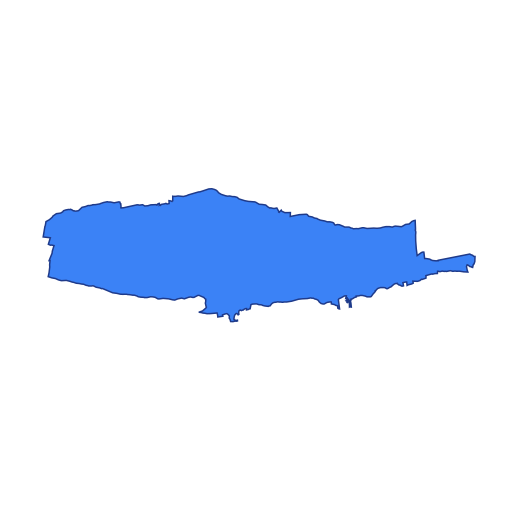 Rachitoasa, Bacau, Romania (Equal Earth projection), rotated 107°
{"feature_id": "2599482B49399369103470", "entity_name": "Rachitoasa", "entity_type": "district", "adm_level": 2, "iso_a3": "ROU", "parent_name": "Romania", "parent_adm1": "Bacau", "projection": "equal_earth", "projection_center": [27.372, 46.464], "detail": "fine", "context": "isolated", "style": "filled", "palette": "blue", "viewbox_px": 512, "rotation_deg": 107, "n_neighbors": 0, "source": "geoboundaries", "source_scale": "gbopen_adm2", "svg_char_len": 6111}
<svg xmlns="http://www.w3.org/2000/svg" viewBox="0 0 512 512"><g transform="rotate(107 256 256)"><path d="M326.5,294.3L326.1,291.8L326.1,290.1L325.7,288.2L325.5,286.0L324.4,282.7L321.9,276.6L323.6,275.5L325.5,274.7L323.3,270.1L322.1,270.8L320.4,268.5L319.6,267.0L320.0,265.8L321.0,264.0L323.3,263.4L324.3,262.2L326.1,261.1L325.5,258.8L324.4,257.0L324.0,255.4L323.5,254.7L322.8,255.0L324.0,257.2L323.0,257.8L323.2,258.5L322.7,258.8L319.5,259.1L318.4,259.0L317.7,258.5L317.0,258.4L316.7,258.0L316.6,257.4L316.9,256.6L317.5,255.9L316.8,255.3L314.9,256.1L314.0,256.2L313.2,256.1L312.3,255.3L312.5,254.0L311.6,253.0L311.5,252.5L310.3,251.7L309.4,250.7L309.0,249.6L310.3,249.3L309.2,247.4L308.1,246.6L308.1,246.2L304.0,246.6L303.1,245.5L301.9,242.3L301.6,241.2L301.7,239.0L301.1,236.6L301.3,235.0L301.2,233.0L300.6,229.5L300.2,229.2L299.5,227.9L297.4,227.2L296.0,226.3L295.0,225.0L294.5,223.7L293.4,221.7L293.3,220.6L292.8,218.9L292.5,217.1L291.8,215.7L291.0,213.2L288.8,208.7L284.9,202.7L283.4,199.2L281.7,194.5L280.1,191.5L280.0,190.1L279.6,188.9L279.9,187.4L279.8,185.4L280.2,183.6L281.5,182.0L282.4,179.9L282.3,177.8L281.9,176.7L279.8,174.7L279.2,173.7L278.2,171.6L278.0,170.6L279.8,169.9L279.5,166.8L279.9,165.2L279.7,163.5L282.0,162.5L282.3,161.4L282.2,160.6L273.6,164.5L272.7,164.2L270.8,162.1L268.3,159.7L267.7,158.2L267.7,157.9L268.0,157.9L270.5,157.8L270.3,157.1L269.5,157.1L269.3,156.9L269.4,156.5L269.9,156.3L271.9,156.3L272.5,156.8L272.7,156.1L272.2,156.0L273.1,155.7L272.1,155.7L271.9,155.5L273.8,155.4L273.8,155.0L271.2,155.2L270.7,154.9L271.3,154.7L271.4,154.2L273.1,153.6L274.2,152.8L277.4,151.7L276.8,151.2L271.9,153.6L271.7,153.0L274.7,151.4L276.3,150.9L276.4,150.5L277.1,150.2L277.0,149.9L273.4,151.4L270.6,152.9L270.2,152.2L269.4,152.5L269.0,151.5L266.8,149.6L265.8,148.1L265.1,148.5L264.0,145.9L263.1,144.5L262.6,142.6L262.4,139.7L262.6,137.9L261.6,134.7L261.1,134.0L257.7,132.8L256.4,132.1L255.1,131.6L254.4,131.8L254.3,131.4L253.1,131.0L251.5,130.1L250.5,128.8L249.8,127.7L248.9,124.8L248.6,123.3L249.0,121.8L249.0,121.1L248.5,120.4L246.8,118.9L246.1,117.9L242.8,115.9L242.0,115.1L241.6,114.7L241.4,113.9L240.9,113.1L241.1,113.0L241.9,110.9L241.8,109.7L242.2,107.8L241.8,106.7L241.4,106.2L238.5,107.7L237.3,105.6L236.8,104.3L240.0,102.9L239.0,101.9L237.2,98.9L236.0,97.7L234.2,98.6L233.0,94.1L231.6,92.1L229.9,91.0L229.9,90.4L227.5,87.0L225.6,87.5L225.1,87.8L222.1,83.2L221.6,81.9L221.7,81.7L220.6,79.9L219.7,77.4L217.5,77.9L217.3,77.2L217.2,75.5L216.0,73.5L215.7,71.5L215.2,70.2L215.1,69.3L213.2,65.8L213.1,63.3L212.2,61.3L212.0,60.0L211.0,56.8L210.4,52.7L209.4,48.7L207.8,49.9L204.6,51.6L203.4,51.6L202.7,51.5L202.7,51.1L202.8,50.3L203.6,48.2L203.4,47.5L203.6,46.3L203.4,46.3L203.5,45.5L201.0,45.7L200.2,45.5L200.0,45.2L197.4,45.1L192.4,46.4L192.7,47.7L192.0,49.0L191.9,51.1L191.6,52.1L206.8,80.5L207.2,80.3L208.0,82.4L208.7,86.0L208.5,87.9L208.2,88.8L208.6,92.1L209.1,94.0L203.2,96.6L203.4,97.5L204.3,98.8L208.5,102.0L202.3,104.8L194.9,107.7L189.3,109.5L187.0,110.0L185.7,110.5L184.6,111.3L184.0,111.2L182.5,111.7L175.4,114.2L175.9,115.2L177.4,117.0L180.6,118.9L182.1,122.2L185.3,125.2L185.7,126.5L186.0,128.3L186.7,131.6L187.5,132.9L188.5,134.1L188.9,137.1L190.0,140.5L191.4,143.1L192.9,145.4L194.1,148.3L194.9,151.6L197.2,157.8L197.5,161.3L197.9,162.6L200.0,166.2L200.4,168.0L201.5,170.8L201.3,172.3L201.5,173.3L201.2,174.7L201.2,175.7L202.4,179.7L202.1,181.1L201.7,185.3L202.1,187.3L203.2,189.2L203.1,189.9L201.7,191.4L201.5,192.7L201.7,195.2L202.5,197.9L202.4,200.5L202.9,204.9L202.6,208.0L202.3,208.6L202.6,211.2L202.2,213.6L202.6,217.3L201.5,218.9L201.3,219.7L201.6,220.8L203.8,226.7L208.2,234.8L204.4,235.8L206.1,241.1L205.7,244.0L205.5,244.7L204.8,245.3L207.5,246.6L207.4,246.9L207.2,246.8L204.0,250.1L205.2,252.4L205.5,253.7L205.6,255.9L206.1,256.9L205.5,259.2L204.4,261.6L204.9,265.1L205.6,268.1L204.7,271.8L204.6,272.9L206.0,279.3L206.4,282.8L206.4,288.8L205.4,291.3L205.5,293.8L206.1,296.0L206.3,298.7L207.1,300.7L207.3,302.9L207.2,307.4L206.4,310.4L205.4,311.7L204.7,313.4L204.5,315.1L204.6,317.9L205.7,320.8L209.9,326.7L211.1,328.5L211.6,329.8L217.3,338.5L218.6,340.0L220.3,342.8L221.4,348.1L222.5,350.4L223.1,352.4L223.2,353.1L227.5,351.8L227.7,352.1L228.4,352.3L228.3,354.1L228.5,355.4L231.2,354.4L232.3,356.2L232.0,357.4L232.2,357.9L232.6,358.2L234.2,361.4L235.5,362.3L235.0,362.9L234.9,363.3L235.2,363.4L233.9,363.8L234.0,364.1L235.0,365.2L235.7,365.1L236.0,365.4L236.3,366.1L236.0,366.4L237.9,371.7L239.5,374.0L240.7,377.0L240.1,379.4L241.5,382.5L241.5,383.4L241.8,384.7L248.6,396.8L249.4,398.9L249.5,399.2L249.2,399.4L248.0,399.6L245.1,400.8L245.9,400.8L244.2,402.0L244.4,403.1L246.6,407.2L246.9,410.8L247.5,412.9L247.6,414.1L249.4,417.4L251.4,420.2L251.8,420.5L253.8,424.5L254.7,427.1L255.3,427.8L256.4,429.8L256.8,431.3L258.6,433.6L260.3,436.6L264.4,438.9L264.8,439.4L265.8,441.5L266.0,442.3L265.9,443.3L266.2,443.9L265.6,445.8L265.7,446.4L265.5,446.9L266.1,447.8L266.3,448.9L267.6,451.4L268.6,452.8L269.0,453.3L270.3,453.8L272.1,455.4L273.9,459.3L277.2,461.9L278.5,462.2L281.7,464.2L284.5,466.9L288.5,466.4L289.6,466.5L300.0,465.1L298.7,458.0L305.5,458.0L305.8,455.8L305.3,454.7L305.1,452.2L310.9,452.2L313.0,451.8L320.9,452.5L320.6,451.6L324.7,450.8L326.9,450.0L332.7,449.0L336.5,448.7L336.6,445.0L336.2,441.2L336.6,437.9L336.5,434.9L334.8,430.3L334.6,426.7L334.7,424.4L334.5,422.5L334.6,420.0L334.0,417.0L333.8,414.5L333.4,412.6L333.7,410.0L333.5,408.3L333.6,407.2L332.7,404.3L332.2,403.4L332.1,402.6L332.6,399.8L332.2,396.0L332.4,394.2L332.0,393.2L333.1,382.3L332.4,378.1L332.2,374.7L331.6,372.2L331.0,370.5L330.4,368.4L330.4,367.6L329.9,365.5L329.5,362.5L329.0,360.7L329.1,357.8L329.4,356.8L329.1,354.4L328.3,351.0L328.4,350.7L327.6,348.0L325.8,344.9L325.3,342.9L325.0,340.4L325.7,337.2L325.3,335.9L323.7,332.5L323.3,330.7L322.5,327.0L322.3,323.0L321.9,320.8L319.9,318.3L318.0,314.8L317.9,312.0L315.2,308.4L314.5,307.1L314.3,306.5L314.1,304.3L313.7,303.2L310.7,300.1L310.3,298.9L310.9,293.6L311.7,292.6L312.0,291.4L314.7,290.7L315.8,290.7L319.2,288.8L319.4,288.5L320.4,288.7L324.2,291.1L326.5,294.3Z" fill="#3b82f6" stroke="#1e3a8a" stroke-width="1.5"/></g></svg>